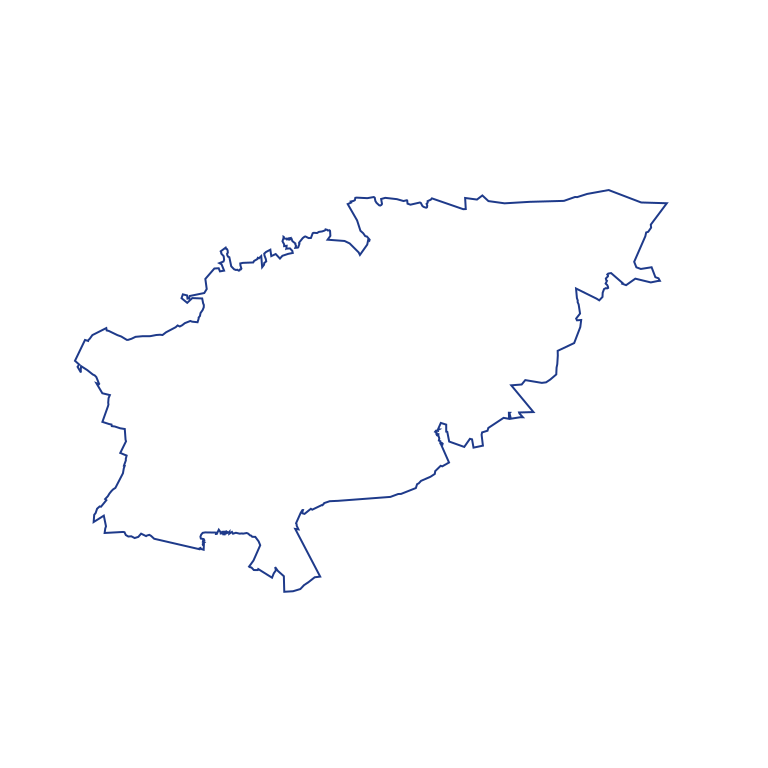 Villaflores, Chiapas, Mexico, rotated 170°
{"feature_id": "50627088B76304194076564", "entity_name": "Villaflores", "entity_type": "district", "adm_level": 2, "iso_a3": "MEX", "parent_name": "Mexico", "parent_adm1": "Chiapas", "projection": "orthographic", "projection_center": [-93.329, 16.375], "detail": "fine", "context": "isolated", "style": "outline", "palette": "blue", "viewbox_px": 768, "rotation_deg": 170, "n_neighbors": 0, "source": "geoboundaries", "source_scale": "gbopen_adm2", "svg_char_len": 6144}
<svg xmlns="http://www.w3.org/2000/svg" viewBox="0 0 768 768"><g transform="rotate(170 384 384)"><path d="M644.7,275.5L643.9,275.9L641.3,276.2L639.8,274.9L637.2,271.5L594.8,253.5L594.8,254.0L593.2,254.4L593.0,253.4L590.4,252.1L589.3,257.0L591.1,257.0L590.2,257.3L589.4,258.3L589.6,258.5L588.4,259.2L589.8,260.0L589.4,261.0L588.6,260.9L588.1,261.3L588.5,262.6L591.2,263.6L591.3,265.5L590.2,267.4L588.4,268.9L585.9,268.9L575.0,266.8L575.5,265.5L574.7,265.4L572.0,269.2L570.8,266.6L570.8,265.1L569.3,265.1L568.9,266.5L567.9,266.4L568.4,263.9L567.2,263.6L566.8,266.1L565.2,266.2L565.7,264.2L564.4,264.5L564.1,265.5L562.7,264.7L561.9,265.3L562.4,263.4L559.4,264.7L558.7,262.8L555.7,263.2L552.2,261.7L549.7,261.5L548.9,261.1L545.1,261.1L543.7,260.2L542.2,258.2L541.1,257.7L540.3,256.4L537.3,255.8L534.8,250.8L533.9,246.7L543.2,232.8L548.6,227.6L547.9,226.9L546.4,226.3L544.5,223.4L540.6,222.7L540.0,223.6L527.9,212.7L525.4,216.7L522.8,219.3L523.0,222.6L521.0,218.4L516.0,212.1L518.3,196.7L509.6,195.7L502.0,196.6L497.7,199.8L492.7,202.0L485.8,205.7L480.3,205.4L496.6,256.7L493.5,255.7L494.6,259.6L494.4,261.1L494.8,262.1L488.4,271.6L486.2,274.0L485.7,273.9L486.8,271.9L486.7,270.8L484.8,269.9L477.7,273.8L476.5,272.7L465.8,275.7L465.6,275.4L464.6,276.0L463.6,277.1L457.8,278.0L449.4,276.9L397.3,271.7L389.1,273.2L386.3,272.8L370.7,276.0L368.8,279.6L367.1,280.1L364.3,282.2L354.3,284.6L349.6,286.6L348.7,289.3L342.4,293.6L340.9,292.8L333.6,295.4L338.2,314.1L337.1,314.0L336.6,315.1L337.3,315.9L338.8,316.0L338.4,317.8L339.8,318.8L339.0,320.7L339.3,323.2L340.3,324.0L339.7,324.4L340.2,324.7L339.6,325.3L341.0,325.7L340.7,326.8L341.4,327.3L341.2,327.9L341.8,328.2L340.9,329.0L339.2,328.5L339.3,329.2L337.6,329.8L338.6,330.1L334.8,335.8L329.8,333.2L331.0,326.3L330.0,325.9L329.8,316.0L315.9,308.1L308.9,315.1L306.9,314.2L306.9,305.8L297.3,306.1L296.7,317.1L295.8,319.3L290.2,320.0L288.9,322.6L272.1,329.9L266.9,328.0L266.0,334.0L265.1,333.8L265.5,333.5L265.1,327.8L255.7,327.6L253.0,327.1L255.7,331.4L255.9,332.5L241.7,330.4L258.9,360.6L248.5,359.6L244.2,363.3L228.4,357.7L224.1,357.5L219.5,359.5L212.7,363.5L211.2,370.2L209.9,373.5L207.9,381.8L207.2,386.5L189.6,391.3L180.8,406.0L178.7,412.8L182.9,413.2L183.4,415.1L178.7,419.3L178.5,428.6L179.1,431.0L178.7,432.6L179.1,435.1L178.3,444.7L159.8,431.1L157.5,429.0L153.7,431.8L152.8,435.9L150.8,439.3L148.8,439.9L147.8,439.4L146.6,439.7L146.5,440.6L147.0,442.7L148.3,444.4L146.5,446.9L147.1,447.7L147.2,449.4L144.8,451.1L144.6,452.0L145.1,453.1L144.0,453.8L141.1,453.8L131.5,442.0L132.0,441.4L128.4,439.3L118.2,444.1L103.6,437.7L96.6,437.9L94.4,437.7L95.3,440.4L98.2,442.1L100.2,452.5L111.1,452.7L115.2,455.1L116.4,460.9L101.0,484.1L99.5,487.7L97.4,488.0L93.8,491.6L93.6,494.6L74.1,512.9L99.2,518.1L129.1,536.0L150.9,535.9L161.3,534.5L163.4,535.0L175.0,533.1L208.9,538.1L233.9,541.0L249.4,546.0L254.4,552.6L260.4,549.5L271.8,553.1L273.1,542.1L275.6,542.4L304.6,558.5L305.9,557.4L309.3,556.5L309.5,555.0L310.8,554.0L310.4,552.4L310.9,550.7L311.5,550.3L312.4,550.5L314.3,551.6L315.3,552.7L316.3,555.9L317.1,556.5L326.8,556.0L329.5,557.5L329.3,560.7L329.6,561.0L333.0,560.8L339.2,563.8L350.4,567.1L354.7,566.7L354.7,561.7L355.5,560.8L356.7,560.4L357.7,560.8L359.9,563.7L360.7,565.7L360.8,569.1L361.6,569.9L368.1,569.9L378.6,572.3L379.9,572.3L380.8,570.1L382.3,569.6L385.1,569.5L384.8,568.4L388.5,567.5L382.1,549.8L380.6,539.0L378.3,536.1L376.8,532.9L375.2,532.2L373.1,528.6L373.5,527.8L374.4,529.0L376.3,524.2L385.3,515.3L386.1,518.0L393.4,528.4L398.0,531.7L414.5,535.9L411.1,539.2L410.6,543.5L410.6,544.4L411.0,544.9L412.6,544.9L413.2,545.7L414.7,546.4L415.0,545.8L416.0,545.4L418.4,545.0L421.7,545.1L423.7,544.3L426.9,545.1L428.0,544.9L430.6,540.5L432.9,540.8L435.7,542.9L436.6,542.9L438.7,541.8L442.9,538.1L443.2,537.6L442.9,536.8L444.8,533.4L445.5,533.3L447.7,533.5L446.6,535.3L447.1,536.9L446.9,537.8L449.4,540.6L449.8,542.9L451.6,542.7L450.8,544.0L452.9,544.0L453.5,543.8L453.5,543.4L454.4,543.2L454.7,544.1L456.3,544.3L457.2,545.0L457.1,546.1L457.4,546.4L457.6,545.2L459.2,542.2L458.1,538.9L458.4,537.1L455.9,537.0L456.6,534.6L455.8,535.0L456.4,534.2L453.1,533.9L451.2,531.1L451.1,528.9L455.7,528.8L461.8,527.9L464.7,525.6L468.1,530.8L472.8,529.5L472.6,536.0L477.3,534.5L479.3,533.2L479.4,531.4L478.7,527.6L478.7,525.2L481.0,523.9L481.4,522.3L483.7,520.2L482.7,531.3L485.4,529.5L486.3,530.2L487.3,528.9L490.5,527.8L491.7,526.4L501.9,527.8L504.6,527.7L504.8,525.7L504.4,522.4L505.1,521.7L506.0,521.8L506.7,520.9L507.5,520.9L508.6,522.0L510.0,522.0L511.7,523.0L514.0,526.4L514.3,535.7L515.5,536.5L516.0,538.3L515.9,539.6L515.0,540.4L514.8,542.7L515.2,544.1L515.9,544.4L516.2,545.8L521.8,543.0L521.4,541.5L521.6,540.7L519.7,537.7L519.9,534.1L520.8,532.5L525.1,531.6L523.2,530.1L521.8,523.4L526.0,523.4L526.7,526.7L531.0,527.2L541.7,518.5L542.1,508.3L545.2,504.8L560.0,504.4L561.1,502.1L562.7,502.2L562.5,505.4L566.5,507.2L568.5,503.7L563.7,498.1L557.9,501.9L548.2,499.8L548.1,494.9L547.7,493.1L548.2,490.8L549.8,488.3L552.4,485.7L553.4,483.0L555.0,481.6L555.2,480.5L556.9,477.2L562.1,478.7L563.8,479.7L569.6,478.5L572.6,476.9L575.1,476.1L577.1,477.5L579.3,476.1L589.6,472.8L593.6,470.7L596.0,471.4L599.8,471.8L605.9,471.7L613.5,473.0L620.5,473.6L624.8,472.4L628.4,471.9L629.6,472.1L634.5,476.4L638.0,478.4L645.9,484.1L647.8,484.9L647.8,487.3L662.7,482.8L666.0,479.6L667.6,478.5L667.9,477.8L670.8,479.3L684.3,460.5L680.8,456.1L682.8,454.1L680.5,448.0L680.2,450.6L679.2,454.2L673.8,449.2L669.1,443.9L667.4,442.7L666.1,440.8L664.6,433.7L664.1,432.9L667.1,434.7L663.0,423.8L655.9,420.7L657.7,417.9L658.9,413.3L658.9,411.8L659.6,410.2L667.9,395.6L661.7,392.3L659.4,391.4L659.4,389.8L656.5,388.9L651.5,386.2L647.1,384.7L648.2,373.9L648.0,372.4L655.7,361.9L649.9,358.2L651.3,355.1L651.5,353.6L654.3,348.7L653.6,348.4L654.9,346.1L656.6,341.4L666.6,328.3L669.0,327.3L671.0,325.9L673.4,323.8L675.5,321.4L678.6,319.1L677.6,317.8L684.0,312.3L685.3,312.8L688.2,311.0L690.4,307.0L692.1,305.5L693.9,298.5L682.8,303.0L682.5,292.1L683.6,290.1L685.0,285.8L666.6,283.6L665.3,283.1L664.5,280.1L662.3,278.2L659.3,277.9L656.3,275.6L652.5,276.1L649.2,278.8L644.7,275.5Z" fill="none" stroke="#1e3a8a" stroke-width="2"/></g></svg>